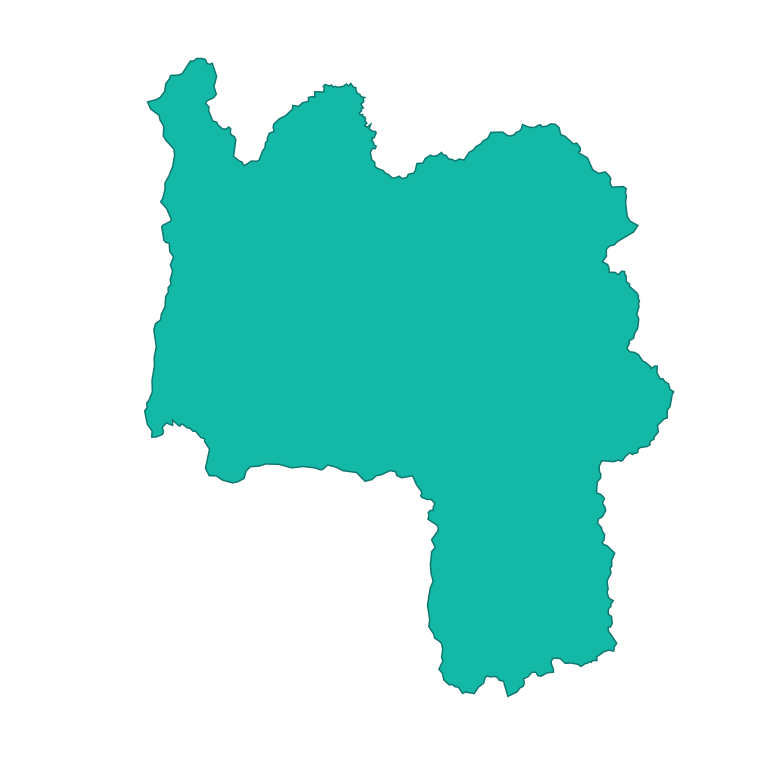 Urrao, Antioquia, Colombia, rotated 11°
{"feature_id": "7082276B47907246338324", "entity_name": "Urrao", "entity_type": "district", "adm_level": 2, "iso_a3": "COL", "parent_name": "Colombia", "parent_adm1": "Antioquia", "projection": "mercator", "projection_center": [-76.192, 6.296], "detail": "fine", "context": "isolated", "style": "filled", "palette": "teal", "viewbox_px": 768, "rotation_deg": 11, "n_neighbors": 0, "source": "geoboundaries", "source_scale": "gbopen_adm2", "svg_char_len": 6155}
<svg xmlns="http://www.w3.org/2000/svg" viewBox="0 0 768 768"><g transform="rotate(11 384 384)"><path d="M502.4,96.3L498.0,96.9L494.9,99.6L490.8,101.2L489.5,101.2L488.6,99.8L487.0,100.0L482.6,103.6L477.0,104.2L470.5,102.9L470.0,107.9L468.5,110.0L465.2,112.3L464.6,114.4L460.3,116.6L457.8,116.5L452.4,114.1L440.9,116.6L438.9,123.2L434.8,126.6L433.3,129.8L428.8,133.6L427.2,137.1L423.3,140.4L420.0,148.8L415.0,148.8L411.7,151.5L406.8,150.4L404.8,151.0L401.1,147.7L398.1,147.8L396.2,145.7L392.7,149.7L388.3,151.2L386.1,150.5L381.6,154.5L380.0,159.7L374.2,161.3L374.0,168.8L372.8,171.3L367.9,173.5L366.9,176.9L362.1,179.0L359.5,177.1L355.0,179.8L352.5,180.1L348.7,177.6L344.5,176.6L342.8,174.7L336.6,173.7L333.4,171.9L332.8,168.5L329.1,166.1L326.4,159.3L327.6,154.8L330.3,154.9L331.0,152.8L330.8,151.9L328.6,151.4L327.5,148.7L325.4,147.8L326.1,146.1L325.3,144.5L327.3,144.1L328.4,139.1L327.4,137.7L324.8,138.2L320.7,136.3L321.4,131.6L318.4,135.2L315.7,134.1L317.4,131.2L315.3,129.6L315.1,126.9L314.0,125.6L311.9,125.6L311.7,123.5L308.9,124.2L308.0,122.6L309.9,120.2L309.1,118.0L311.1,117.0L307.8,113.7L310.2,110.9L309.2,107.5L310.3,106.4L306.8,106.5L305.0,104.3L302.6,103.8L300.9,102.0L299.7,98.4L297.5,98.6L294.0,95.3L292.5,98.2L289.8,96.7L287.5,99.4L282.4,101.5L278.9,101.2L277.2,102.2L275.4,100.6L273.7,101.8L269.0,101.3L267.6,103.4L269.0,104.6L268.9,109.0L260.2,110.3L261.4,115.5L258.6,115.5L255.1,117.2L256.0,120.9L250.3,123.6L247.1,127.9L241.4,127.9L241.7,131.8L236.3,139.2L230.4,144.0L226.2,150.0L226.2,153.1L228.0,157.1L223.6,159.6L222.6,165.2L223.3,167.3L221.6,169.6L222.1,174.6L220.3,178.5L218.7,188.1L216.5,189.7L211.4,190.4L205.6,196.1L203.2,194.9L202.2,193.0L199.7,192.8L192.9,189.3L191.9,172.4L189.9,169.7L186.8,168.7L185.3,167.0L184.7,162.5L182.5,161.4L180.5,163.8L177.0,164.5L171.6,161.5L169.7,158.8L165.8,158.6L159.9,149.5L159.2,145.3L155.4,142.7L156.1,139.9L162.0,135.6L164.1,131.5L160.3,124.4L161.0,113.9L154.1,101.9L152.2,103.4L149.4,103.3L146.7,99.4L143.2,99.2L138.1,100.2L135.3,103.4L132.3,103.9L126.8,117.7L123.1,120.1L115.7,121.8L115.3,124.9L112.5,130.9L112.9,138.7L109.7,145.3L106.0,148.4L98.1,152.2L102.4,158.5L112.1,163.3L113.7,167.5L118.7,173.0L120.0,182.5L123.1,186.1L132.9,193.5L134.8,199.3L135.1,210.5L133.2,220.8L130.6,228.7L131.9,234.3L131.5,243.5L130.0,247.8L137.3,253.4L143.7,262.9L143.6,264.8L136.5,270.5L135.8,272.1L140.6,285.0L142.7,286.7L146.3,286.7L148.4,294.8L153.2,299.5L151.6,308.0L154.9,313.2L154.3,322.7L155.9,326.7L153.7,330.9L154.8,335.2L153.0,339.8L154.3,349.9L152.2,358.0L152.4,363.8L148.2,368.4L147.7,374.7L153.4,391.0L153.4,402.4L155.2,409.8L155.6,424.8L158.1,435.8L156.2,445.5L154.7,448.0L156.0,452.3L154.2,456.1L159.4,468.7L165.3,474.4L166.2,480.5L170.5,479.4L176.1,475.8L176.6,472.7L174.6,468.8L177.9,463.8L184.4,464.9L183.3,459.6L190.7,464.3L192.2,463.9L192.2,462.3L194.1,461.9L199.0,464.5L202.5,464.6L205.4,466.8L208.0,466.3L214.5,471.5L218.4,471.9L218.9,474.7L225.2,481.3L224.8,500.7L229.9,507.3L236.9,506.2L243.6,509.1L254.3,509.9L259.0,508.0L264.6,503.5L265.2,495.9L268.5,490.7L277.1,488.4L283.2,485.0L296.6,482.9L309.4,483.9L320.4,480.4L332.3,479.5L338.1,480.4L339.9,479.7L344.3,474.2L353.0,474.8L360.3,476.9L373.9,476.1L384.0,483.1L390.3,480.2L393.9,475.5L398.3,473.8L406.7,467.8L412.3,468.0L414.0,471.4L419.1,472.7L429.7,468.6L434.7,476.2L441.0,482.1L441.8,483.7L441.4,486.7L442.6,488.1L448.6,489.1L452.3,488.3L456.9,491.7L455.9,495.0L456.2,498.8L453.6,499.2L451.9,501.8L453.2,504.1L453.0,508.4L463.4,512.6L464.8,515.2L464.8,518.4L460.4,527.7L465.5,534.7L462.8,539.5L464.0,552.4L466.4,561.1L469.9,568.3L468.3,575.6L468.9,592.7L473.7,606.1L474.3,613.6L480.8,620.3L482.1,623.7L488.3,626.3L490.3,628.2L492.4,633.8L492.6,641.2L494.7,644.5L492.3,653.5L496.6,656.9L499.2,663.0L505.3,666.9L508.5,665.9L511.2,667.6L514.9,667.4L520.1,672.7L522.9,670.9L531.6,670.6L534.5,663.6L538.8,658.7L539.4,652.7L541.1,650.9L544.2,651.2L549.2,649.8L552.0,650.8L553.5,652.8L558.1,653.0L565.2,667.0L573.5,660.7L575.2,656.7L578.4,654.0L578.8,650.3L577.0,646.9L581.1,644.0L584.5,638.5L588.5,638.1L590.6,641.0L594.0,640.8L599.2,636.4L605.3,634.5L604.6,631.6L601.6,626.8L601.1,623.5L602.8,620.6L609.6,619.9L615.2,623.6L620.6,622.2L628.4,622.1L630.4,623.5L631.8,623.3L634.8,620.0L637.1,619.4L638.1,617.6L640.3,617.8L641.4,615.7L645.9,614.8L644.7,611.4L650.9,604.9L655.1,602.4L660.3,602.3L660.3,597.8L661.9,594.1L651.2,583.4L650.5,580.1L652.8,579.1L653.7,575.4L651.7,568.8L648.5,567.4L647.5,565.0L647.3,561.8L649.1,559.1L648.8,556.3L650.4,553.0L645.7,551.4L644.2,548.9L642.5,545.3L643.2,542.9L640.5,534.7L642.9,526.0L640.9,521.3L642.4,519.6L641.1,513.5L642.8,506.1L633.8,500.2L630.4,499.7L628.2,498.0L629.7,495.4L629.2,489.8L625.9,486.1L625.0,483.6L620.1,479.8L620.3,475.6L623.6,472.7L625.8,466.2L624.2,462.4L621.7,460.2L621.3,457.4L622.3,455.0L621.5,453.5L618.0,451.1L613.3,450.2L612.0,439.1L614.5,435.3L614.1,431.3L612.2,429.0L610.9,423.7L612.4,417.8L624.7,416.3L628.3,414.0L631.2,414.5L632.8,413.5L634.6,409.3L638.3,404.7L641.5,405.8L642.8,404.2L645.4,403.5L646.2,402.5L645.8,399.9L647.4,397.6L654.1,395.2L656.7,392.9L656.1,389.6L659.6,386.5L659.3,384.4L662.4,378.7L660.3,372.5L665.6,364.8L668.5,363.3L667.0,355.8L669.1,351.6L668.9,338.8L669.9,336.4L665.8,334.8L663.2,329.5L659.3,328.2L656.9,325.7L653.9,326.1L649.7,320.7L648.8,314.3L646.7,314.6L643.2,317.8L642.7,316.4L636.7,312.9L633.7,312.2L628.1,306.6L623.7,305.2L619.4,305.5L616.4,303.6L615.8,301.8L617.2,297.0L616.2,295.0L620.2,291.5L620.4,286.0L622.2,281.9L622.3,278.5L621.6,271.4L618.8,267.3L619.5,259.3L618.4,256.4L619.0,254.0L617.4,251.7L616.9,248.7L614.9,246.4L606.3,241.3L606.0,239.2L602.2,237.1L601.0,231.5L599.5,230.4L598.7,227.7L595.8,227.9L593.2,232.0L589.6,230.4L583.6,231.3L582.9,227.5L580.8,224.2L575.2,222.3L577.9,216.1L576.6,209.6L578.6,205.8L583.7,203.3L585.6,200.0L600.0,187.1L603.0,179.9L594.3,177.2L590.7,172.8L586.6,160.2L586.0,153.0L584.4,149.9L584.5,146.1L581.4,144.5L570.1,147.3L567.4,143.1L567.4,138.9L564.3,135.9L560.7,133.6L554.8,136.3L548.2,134.1L540.5,123.2L531.0,119.9L530.8,118.8L532.1,117.9L531.7,114.8L527.3,110.8L523.9,112.1L514.6,106.4L509.9,105.4L506.8,98.8L502.4,96.3Z" fill="#14b8a6" stroke="#0f766e" stroke-width="1.5"/></g></svg>